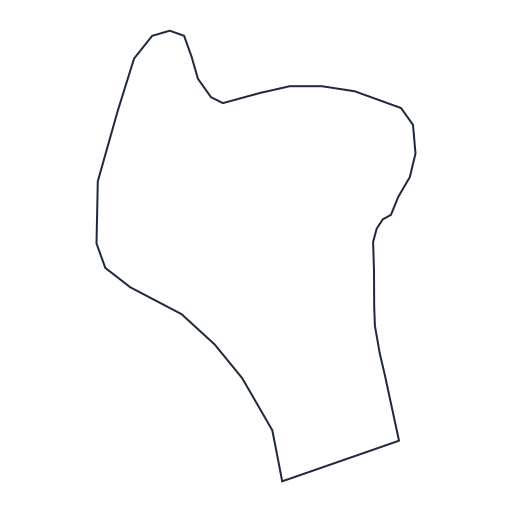 Madeinat Al Gedaref, Gedarif, Sudan (Equal Earth projection)
{"feature_id": "16777658B2948733564305", "entity_name": "Madeinat Al Gedaref", "entity_type": "district", "adm_level": 2, "iso_a3": "SDN", "parent_name": "Sudan", "parent_adm1": "Gedarif", "projection": "equal_earth", "projection_center": [35.386, 14.026], "detail": "fine", "context": "isolated", "style": "outline", "palette": "slate", "viewbox_px": 512, "rotation_deg": 0, "n_neighbors": 0, "source": "geoboundaries", "source_scale": "gbopen_adm2", "svg_char_len": 606}
<svg xmlns="http://www.w3.org/2000/svg" viewBox="0 0 512 512"><path d="M399.0,440.7L385.0,375.8L379.7,353.1L374.9,325.8L374.2,306.3L374.0,271.2L373.1,242.0L376.7,228.6L382.8,219.3L390.9,214.9L398.3,196.8L409.8,177.1L415.5,153.5L413.0,124.9L401.1,108.1L354.8,91.3L321.7,86.2L289.8,86.2L259.8,93.0L222.9,103.1L211.0,97.2L197.9,78.7L191.6,56.8L184.1,35.8L169.7,30.7L152.2,35.8L134.1,58.5L117.8,110.6L97.8,181.3L96.5,243.5L105.3,267.9L130.3,287.3L181.6,314.2L214.7,344.5L242.2,378.2L264.4,416.6L272.3,430.3L277.9,458.9L282.2,481.3L390.4,443.7L399.0,440.7Z" fill="none" stroke="#1e293b" stroke-width="2"/></svg>